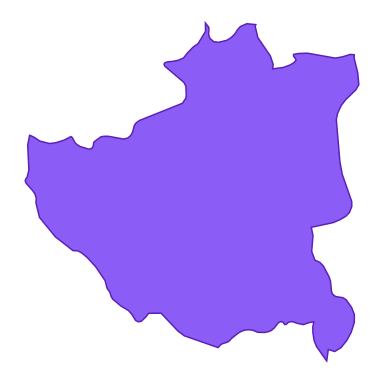 the County of Dibër
{"feature_id": "ALB-1526", "entity_name": "Dibër", "entity_type": "County", "adm_level": 1, "iso_a3": "ALB", "parent_name": "Albania", "parent_adm1": "", "projection": "equal_earth", "projection_center": [20.235, 41.61], "detail": "fine", "context": "isolated", "style": "filled", "palette": "violet", "viewbox_px": 384, "rotation_deg": 0, "n_neighbors": 0, "source": "natural_earth", "source_scale": "10m", "svg_char_len": 2357}
<svg xmlns="http://www.w3.org/2000/svg" viewBox="0 0 384 384"><path d="M353.9,313.3L354.4,314.6L354.3,322.5L351.2,332.3L346.9,340.3L341.1,347.6L334.7,351.5L328.3,349.5L326.7,361.0L326.5,360.8L316.5,346.5L314.1,340.5L312.9,332.7L312.8,326.9L313.8,321.8L309.6,322.5L303.3,324.6L297.6,323.4L292.2,321.6L289.5,321.9L287.7,322.9L286.4,324.3L284.8,324.6L282.7,322.0L280.8,321.6L278.4,322.7L274.0,328.3L271.1,330.6L267.9,331.8L264.3,332.5L257.8,332.3L252.9,330.3L248.8,329.7L244.7,330.1L241.0,331.5L237.7,333.5L231.1,338.8L229.7,340.6L228.0,341.8L226.4,342.5L223.6,343.3L222.0,343.9L220.8,344.6L218.1,347.6L184.3,335.8L178.1,331.2L161.1,313.2L148.6,313.3L146.1,316.7L141.3,321.3L138.3,321.8L135.5,320.3L131.6,314.0L128.4,310.5L120.9,306.0L112.7,299.1L111.2,296.6L110.5,294.4L110.0,292.4L107.4,288.8L106.7,287.1L106.2,284.6L105.1,280.7L95.8,266.9L87.1,257.4L81.9,253.1L78.1,250.9L73.0,250.6L55.4,236.9L39.5,217.4L35.9,202.6L36.3,198.4L34.9,193.9L32.7,190.7L26.1,183.3L25.2,180.8L25.8,178.8L27.1,177.2L28.9,169.9L27.7,145.1L29.6,135.3L31.1,135.8L34.7,137.6L39.8,141.1L49.6,143.5L55.9,142.7L63.9,140.2L70.9,136.6L72.3,137.5L75.0,142.6L76.8,144.4L79.9,146.4L88.9,149.2L91.8,148.3L93.3,145.9L93.5,143.7L93.9,142.2L95.3,140.9L100.8,136.9L103.7,136.3L108.4,136.3L123.9,139.1L127.9,137.9L130.8,135.4L132.5,132.3L134.4,125.3L136.2,122.8L139.6,120.4L182.4,103.3L185.9,98.1L186.2,94.6L185.9,86.4L183.9,82.4L164.7,66.1L164.0,64.1L165.0,62.7L167.9,61.8L172.5,61.4L178.0,60.3L183.5,58.0L187.5,52.9L193.2,47.0L198.1,43.6L205.5,31.4L205.4,23.0L208.7,27.1L208.9,28.8L208.9,30.9L208.6,32.9L208.9,35.8L210.3,38.8L213.7,41.6L218.5,42.3L226.6,40.4L231.3,37.5L235.0,33.7L237.5,29.8L240.4,26.5L246.9,23.7L255.8,24.6L255.2,26.4L257.8,37.5L270.4,56.0L273.2,64.5L272.6,68.9L283.5,67.4L289.8,65.1L294.3,62.4L296.1,59.8L294.9,57.9L293.6,56.3L293.5,54.4L298.4,53.5L307.6,53.2L335.2,58.1L342.6,56.8L350.3,54.4L354.1,54.7L354.3,54.8L354.1,57.9L357.7,72.7L358.5,80.9L358.8,84.7L355.9,89.8L345.6,99.8L341.2,105.5L337.6,113.3L336.3,119.5L339.9,161.7L342.2,174.2L351.7,201.4L351.8,205.3L351.8,206.5L349.4,212.6L345.6,216.4L339.6,219.9L333.1,222.6L311.3,227.3L313.0,235.6L311.7,251.4L314.9,260.1L319.9,262.4L323.3,265.9L328.1,275.0L329.0,276.6L330.5,281.1L331.4,290.7L332.3,293.9L335.5,296.5L342.9,297.7L346.3,299.9L351.6,307.4L353.9,313.3Z" fill="#8b5cf6" stroke="#5b21b6" stroke-width="1.5"/></svg>